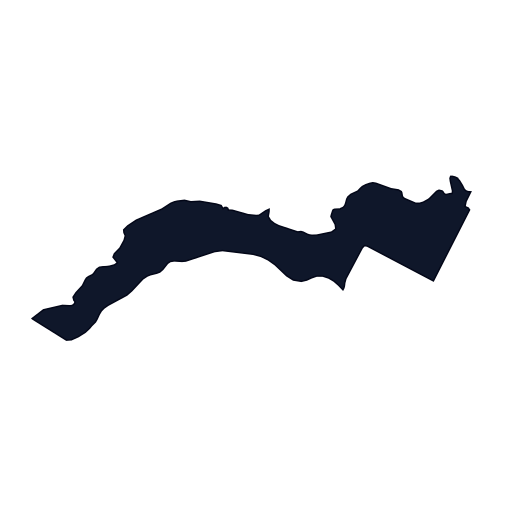 an SVG outline of Zamboanga del Norte, rotated 28°
{"feature_id": "PHL-2520", "entity_name": "Zamboanga del Norte", "entity_type": "Province", "adm_level": 1, "iso_a3": "PHL", "parent_name": "Philippines", "parent_adm1": "", "projection": "mercator", "projection_center": [122.74, 7.933], "detail": "fine", "context": "isolated", "style": "filled", "palette": "ink", "viewbox_px": 512, "rotation_deg": 28, "n_neighbors": 0, "source": "natural_earth", "source_scale": "10m", "svg_char_len": 2408}
<svg xmlns="http://www.w3.org/2000/svg" viewBox="0 0 512 512"><g transform="rotate(28 256 256)"><path d="M87.7,416.3L93.6,403.3L108.3,390.5L115.1,387.3L116.7,386.2L117.6,384.8L118.1,382.9L117.7,381.3L116.0,380.6L113.8,378.2L114.3,372.9L116.7,363.7L116.5,357.1L116.7,355.0L117.8,352.8L120.4,349.2L120.9,347.4L121.5,342.5L123.0,339.5L125.6,337.6L129.1,335.5L131.6,333.7L135.2,330.3L136.9,327.0L130.3,324.1L129.9,320.5L132.1,312.9L132.2,304.1L131.1,299.4L128.5,297.4L126.9,295.0L128.6,289.6L133.5,280.5L150.9,258.7L156.0,249.5L158.5,246.5L160.8,244.5L166.7,240.4L173.0,238.7L180.6,234.1L196.5,228.8L201.5,227.8L204.7,229.7L205.5,227.9L207.0,227.0L208.6,227.1L210.1,228.4L213.7,226.7L229.5,223.3L237.3,220.1L239.6,218.6L243.3,211.6L245.6,208.6L246.7,210.8L248.2,215.4L252.1,217.8L257.0,218.7L261.8,218.6L281.5,215.2L284.2,213.3L286.4,212.8L291.2,212.7L293.4,212.3L295.6,211.5L299.8,209.1L311.5,199.4L313.8,194.6L311.1,190.9L303.7,186.0L303.3,184.6L302.5,180.2L302.5,178.9L303.5,177.8L307.2,175.6L308.0,175.4L308.4,174.4L309.3,173.3L310.3,171.9L310.7,169.7L310.4,167.4L309.4,163.1L309.4,160.7L310.8,157.0L315.4,150.9L316.4,147.2L317.3,144.7L319.5,141.5L322.3,138.5L324.7,136.5L327.7,135.5L343.7,133.2L350.7,130.8L354.0,130.9L354.9,131.6L357.0,134.3L358.3,135.2L360.3,135.5L372.3,134.5L375.8,132.6L378.5,129.9L381.6,125.1L382.2,123.7L385.1,114.1L386.7,112.0L389.8,111.2L390.9,111.5L392.0,112.2L393.2,112.7L394.7,112.6L395.7,111.9L398.1,109.8L399.9,108.7L399.0,106.3L392.5,98.7L390.8,96.3L390.5,94.3L391.9,93.5L394.8,92.8L397.6,92.7L398.8,93.6L400.0,93.8L405.1,96.8L408.4,99.2L410.5,99.9L412.9,99.7L415.5,98.5L415.8,109.1L417.3,114.2L421.0,114.0L422.2,114.7L422.9,115.0L424.3,194.7L349.5,195.0L346.9,195.9L346.0,198.9L346.0,233.8L347.0,238.2L347.7,239.9L348.3,241.6L348.6,243.3L348.6,245.0L342.6,243.0L336.6,241.6L330.6,241.3L324.3,242.4L318.9,245.3L315.3,249.2L312.1,253.4L307.9,257.1L300.2,259.7L293.8,259.2L292.4,259.1L277.0,254.8L268.6,253.7L260.6,254.0L252.7,255.8L223.9,266.9L221.6,268.5L217.3,271.6L196.4,293.4L193.2,295.5L186.1,298.7L182.9,301.1L181.4,304.0L180.0,311.7L178.6,315.3L176.4,317.8L171.5,322.2L169.4,324.7L166.9,329.3L162.6,345.2L160.3,351.2L148.6,368.8L146.3,373.3L145.2,377.1L145.0,381.1L145.3,386.2L145.2,389.6L143.6,394.8L143.0,397.8L141.1,403.4L137.0,410.6L132.2,416.8L131.9,416.9L128.1,419.3L88.6,416.5L87.7,416.3L87.7,416.3Z" fill="#0f172a" stroke="#020617" stroke-width="1.5"/></g></svg>